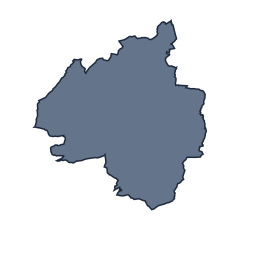 Españita, Tlaxcala, Mexico (Equal Earth projection), rotated 65°
{"feature_id": "50627088B92802360326073", "entity_name": "Españita", "entity_type": "district", "adm_level": 2, "iso_a3": "MEX", "parent_name": "Mexico", "parent_adm1": "Tlaxcala", "projection": "equal_earth", "projection_center": [-98.438, 19.441], "detail": "fine", "context": "isolated", "style": "filled", "palette": "slate", "viewbox_px": 256, "rotation_deg": 65, "n_neighbors": 0, "source": "geoboundaries", "source_scale": "gbopen_adm2", "svg_char_len": 5693}
<svg xmlns="http://www.w3.org/2000/svg" viewBox="0 0 256 256"><g transform="rotate(65 128 128)"><path d="M65.5,197.3L66.8,197.4L67.1,197.6L67.5,198.2L67.5,199.2L68.4,200.1L71.9,201.5L73.0,201.7L73.2,202.7L73.8,203.1L74.9,203.2L78.3,204.6L79.3,205.3L81.4,207.5L83.0,208.2L83.7,208.2L83.8,208.6L84.8,209.3L87.3,211.7L87.6,212.5L87.8,211.9L89.6,209.7L90.4,207.9L90.7,208.0L93.4,204.7L93.8,204.3L94.7,204.0L95.8,202.6L97.4,202.3L100.5,202.6L102.0,202.2L102.4,201.9L104.1,199.5L104.5,197.8L106.1,195.1L107.2,190.4L107.6,189.5L108.2,190.1L109.1,189.3L110.3,189.0L111.3,189.3L112.5,190.3L113.7,191.5L115.0,192.5L115.3,193.0L115.6,193.2L115.4,193.5L114.9,195.0L114.7,197.8L114.5,198.7L114.0,199.4L113.6,199.3L113.4,199.5L113.3,200.2L112.8,200.7L112.7,201.4L113.0,202.4L112.9,205.8L113.2,206.3L114.2,207.0L115.3,207.1L116.3,207.7L117.6,207.9L120.1,207.9L120.3,207.5L121.3,206.7L122.1,205.3L123.1,204.5L123.9,202.2L124.3,201.7L124.6,200.8L125.5,199.3L125.9,198.3L126.5,198.1L126.9,198.9L127.5,201.2L127.5,206.5L128.1,205.9L128.8,204.5L129.1,201.0L129.9,200.9L130.2,199.1L131.0,197.7L131.7,197.4L132.1,196.8L132.6,196.8L133.9,196.3L134.8,195.2L135.4,193.6L136.4,192.7L136.6,191.3L136.2,188.6L136.8,187.5L137.3,185.4L138.0,183.7L138.1,181.0L138.5,178.5L139.7,174.2L141.0,170.1L141.8,168.9L142.4,167.6L142.3,166.7L142.8,165.0L142.6,164.2L143.0,161.6L142.9,161.1L142.4,160.1L149.7,162.4L153.2,166.0L155.1,164.2L156.0,164.2L159.7,165.6L160.6,165.5L161.6,164.8L162.6,164.7L163.2,163.7L165.5,162.5L167.3,161.3L168.2,160.6L168.9,159.7L169.9,159.7L170.9,159.0L171.4,159.3L172.3,160.6L173.6,162.0L174.8,162.0L175.1,162.2L175.3,162.8L175.2,164.5L176.4,165.2L177.6,165.3L178.2,166.5L178.6,166.9L178.5,165.8L178.1,165.3L178.5,163.5L178.1,162.2L178.2,160.7L178.9,161.2L179.9,160.6L180.3,160.7L180.5,161.0L180.7,160.3L181.8,160.1L181.7,162.4L180.9,162.3L181.7,163.0L182.7,165.1L184.0,166.4L184.2,165.9L185.8,164.0L187.3,161.4L187.7,160.2L188.2,157.3L188.8,156.0L189.0,155.7L190.5,155.5L191.3,155.1L192.3,155.0L192.9,154.6L193.1,154.0L194.0,153.2L195.3,152.7L196.5,148.7L197.0,147.7L200.0,145.0L200.9,143.9L201.1,143.2L201.8,143.3L206.8,143.1L207.5,142.3L212.0,141.0L212.3,138.6L211.5,135.0L211.3,132.9L212.3,126.8L212.4,124.3L212.6,123.1L212.9,122.7L212.8,118.6L211.8,116.5L211.8,115.8L211.1,115.4L210.2,115.5L209.4,114.3L208.5,114.2L206.9,112.8L206.0,113.2L204.8,112.9L204.2,112.5L203.8,111.5L202.1,108.8L199.9,107.0L199.5,106.3L199.7,104.4L199.3,103.1L198.1,100.9L198.3,100.4L198.1,100.1L198.1,99.3L197.8,99.2L196.9,99.4L195.2,98.8L190.3,94.3L190.0,94.6L187.6,94.6L186.0,93.5L184.5,93.4L183.1,93.7L181.7,91.2L181.1,88.9L179.4,86.8L179.6,86.3L180.4,85.2L181.0,83.6L183.1,79.3L184.9,74.5L184.2,73.9L183.6,72.7L183.4,71.0L180.4,71.2L179.9,72.1L178.8,73.0L178.0,73.0L176.0,71.2L175.4,71.2L175.2,70.9L176.0,67.8L175.9,67.4L175.0,67.2L174.7,67.6L174.4,67.7L173.6,67.3L172.9,67.3L172.4,66.7L172.1,65.7L171.5,65.1L170.9,64.9L169.7,63.0L168.5,62.2L167.6,61.3L165.9,60.4L164.1,58.4L161.7,57.8L161.1,58.8L160.2,57.7L159.7,58.0L156.4,56.4L154.9,56.3L153.5,55.7L152.5,56.1L151.2,55.8L150.3,56.1L150.2,55.4L149.7,54.9L148.7,55.1L148.3,54.5L147.5,54.8L147.0,55.7L147.0,56.3L146.6,56.0L146.1,56.1L145.8,56.5L145.4,56.8L144.9,55.6L143.9,55.5L143.6,55.7L143.3,55.5L142.8,55.5L142.6,55.1L142.5,54.3L141.2,54.0L141.0,53.8L140.9,53.1L140.7,52.6L139.7,52.0L139.2,51.4L138.5,49.7L138.1,48.9L137.0,48.7L135.3,47.8L134.0,46.3L133.1,45.5L131.5,44.7L130.7,44.1L129.2,43.8L126.4,44.2L125.5,44.9L124.5,46.5L122.7,47.4L121.6,49.7L120.5,51.1L118.6,55.1L118.1,55.5L117.0,57.2L116.1,57.7L115.9,58.3L114.8,56.5L111.4,62.7L111.0,64.1L110.4,64.0L109.6,66.7L108.3,66.3L107.9,66.4L107.5,66.0L106.1,65.3L105.6,64.7L103.7,63.7L102.2,63.5L101.2,64.1L99.9,62.7L98.6,62.8L98.3,62.5L98.0,62.6L97.4,62.0L96.9,61.3L96.6,61.4L95.8,61.0L95.2,60.2L94.7,58.9L93.9,58.9L93.5,58.5L93.5,59.0L93.3,59.5L92.6,60.3L92.2,60.2L91.1,61.6L90.3,62.1L89.7,63.9L88.7,65.1L84.7,65.6L82.8,65.5L81.4,65.0L80.6,64.0L80.1,62.9L79.3,59.6L79.0,59.3L77.7,61.0L76.5,61.6L75.3,60.6L77.3,58.8L74.8,57.0L74.3,57.2L75.6,52.2L70.6,52.6L70.2,54.3L69.3,50.0L68.8,48.7L68.2,47.7L67.7,46.3L61.5,45.3L53.8,43.7L53.3,43.9L52.8,44.5L51.5,43.9L50.8,44.5L50.3,44.5L50.0,44.3L49.5,43.6L48.9,43.5L49.3,44.4L49.4,47.0L49.8,48.0L49.8,49.7L49.4,50.1L48.8,49.6L48.4,49.7L47.8,50.3L47.7,50.6L47.1,50.6L46.7,51.4L46.7,52.7L47.4,54.6L48.1,55.9L48.1,56.8L48.3,57.5L48.6,57.8L48.9,58.5L50.1,59.1L50.8,60.0L52.0,60.1L53.1,61.0L53.6,61.1L54.7,61.0L55.6,62.1L56.3,62.5L57.2,66.0L57.3,66.9L57.5,67.4L57.4,68.0L57.6,69.5L57.0,71.0L55.4,71.7L53.4,74.0L52.1,76.9L51.6,79.6L51.0,80.9L51.0,81.6L49.7,82.4L48.1,82.5L47.9,83.0L47.2,83.5L47.3,84.2L47.1,85.3L45.7,88.0L46.4,92.5L46.3,95.0L45.8,97.6L45.5,98.6L45.4,99.5L52.2,98.1L52.4,98.9L53.1,99.7L53.0,101.6L53.9,103.9L55.0,104.6L55.7,105.3L56.3,105.6L57.1,106.7L53.6,111.7L56.3,113.6L58.2,116.7L58.5,117.8L58.2,118.4L56.0,121.2L55.2,121.6L54.0,121.5L53.1,124.4L53.1,127.0L53.6,128.1L54.5,129.2L54.8,129.8L56.9,136.9L58.5,140.0L59.4,142.0L59.9,142.5L60.6,142.7L60.6,143.1L58.5,143.5L58.0,143.3L56.2,141.7L53.0,143.4L51.6,143.7L50.2,143.7L48.0,143.2L47.4,142.7L46.3,141.0L45.9,141.0L45.7,141.3L45.2,143.2L45.4,143.8L44.3,146.1L43.8,146.7L43.5,147.0L43.1,147.8L44.0,149.8L44.4,149.7L44.8,148.8L45.3,149.0L46.3,151.4L46.7,153.3L46.9,153.6L47.6,153.9L48.0,154.6L48.1,155.5L47.9,156.2L47.9,157.0L49.7,159.2L49.9,160.0L50.4,160.3L51.5,160.1L51.7,160.7L52.4,162.2L52.8,162.5L53.5,162.7L53.8,163.6L54.8,165.4L54.8,165.7L54.6,166.6L55.6,168.4L57.1,170.3L58.2,173.0L60.1,176.5L60.8,179.3L62.0,180.4L62.4,182.1L62.5,183.3L63.1,184.2L63.0,185.1L63.1,185.5L64.0,186.6L64.4,187.7L65.4,189.6L65.5,193.8L65.4,195.5L65.5,197.3Z" fill="#64748b" stroke="#1e293b" stroke-width="1.5"/></g></svg>